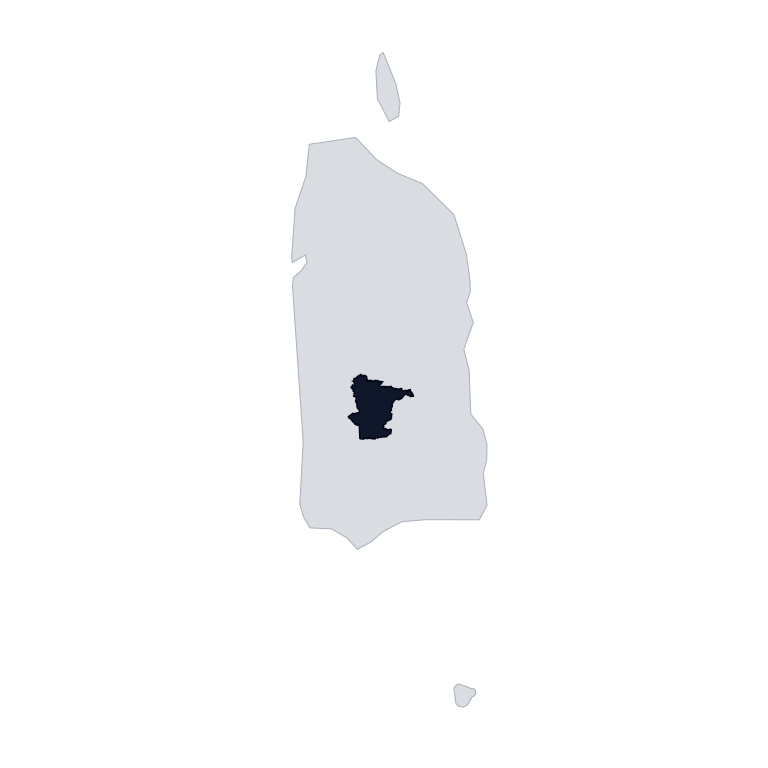 Utuado, Puerto Rico (highlighted), rotated 264°
{"feature_id": "32010507B18801000784875", "entity_name": "Utuado", "entity_type": "district", "adm_level": 2, "iso_a3": "PRI", "parent_name": "Puerto Rico", "parent_adm1": "", "projection": "equal_earth", "projection_center": [-66.695, 18.25], "detail": "fine", "context": "in_parent", "style": "filled", "palette": "ink", "viewbox_px": 768, "rotation_deg": 264, "n_neighbors": 0, "source": "geoboundaries", "source_scale": "gbopen_adm2", "svg_char_len": 5988}
<svg xmlns="http://www.w3.org/2000/svg" viewBox="0 0 768 768"><g transform="rotate(264 384 384)"><path d="M505.3,313.5L513.0,320.1L520.5,319.2L514.4,305.5L520.0,305.5L567.8,313.9L598.5,328.0L630.2,334.8L632.2,381.4L607.9,400.1L592.1,419.5L579.1,443.4L545.1,471.2L504.0,479.6L476.6,480.3L466.4,479.4L456.5,474.7L435.8,479.2L410.3,467.0L388.4,470.1L345.0,467.2L328.7,477.7L313.1,480.1L297.8,478.2L284.8,473.4L252.6,473.8L239.0,464.6L244.7,411.5L245.2,387.5L237.3,367.6L228.6,355.2L222.4,340.4L235.0,330.7L245.4,316.6L248.7,295.3L260.1,290.1L273.4,287.7L334.9,297.6L490.5,303.2L499.4,304.9L505.3,313.5ZM681.1,427.2L661.5,429.3L648.7,426.5L644.4,416.6L668.1,407.3L695.8,408.6L711.7,414.2L713.7,417.9L681.1,427.2ZM70.4,442.6L68.1,442.9L65.8,442.6L64.7,441.6L63.1,438.5L56.0,433.5L54.3,428.9L56.0,424.0L58.9,422.1L73.3,421.6L74.8,422.0L77.7,425.4L77.7,427.8L76.3,430.1L73.8,436.0L72.7,437.4L71.9,439.0L71.5,441.6L70.4,442.6Z" fill="#d9dde1" stroke="#a8b0b8" stroke-width="1"/><path d="M386.2,352.6L385.6,352.5L385.0,352.1L384.9,351.6L384.3,351.5L384.2,351.1L383.8,351.4L383.2,351.4L382.6,351.8L381.9,352.6L380.8,352.7L380.0,352.7L379.9,353.1L379.3,353.6L378.9,353.6L378.2,353.9L377.5,353.1L377.3,353.4L376.6,353.5L375.9,353.2L375.5,352.6L374.9,352.6L374.7,352.9L374.4,353.9L374.0,354.5L373.6,354.7L372.6,355.1L372.4,355.4L372.0,354.7L371.3,354.6L370.7,354.2L370.1,353.9L369.3,354.1L368.3,354.8L367.7,354.6L367.3,355.1L367.2,355.1L366.7,355.0L366.1,355.3L365.9,355.3L365.5,354.8L365.1,354.9L364.1,354.7L363.5,355.1L362.3,355.2L361.9,355.7L361.4,356.4L360.9,356.5L360.4,356.9L360.2,356.9L359.1,357.0L358.7,356.8L358.6,356.2L358.2,355.5L358.1,354.3L357.7,354.1L357.7,353.6L357.8,352.9L357.6,352.0L357.4,351.4L357.4,350.9L358.0,350.3L358.1,349.8L358.0,349.5L357.2,348.7L355.5,345.5L355.2,345.9L354.5,346.1L354.1,345.4L353.6,345.9L353.2,346.7L352.8,347.3L352.1,347.5L351.5,348.0L349.9,349.0L349.5,349.6L349.0,349.6L348.8,349.8L348.4,350.4L347.8,350.7L347.6,350.7L347.5,351.3L346.8,351.3L346.5,352.1L346.6,352.9L346.2,352.6L345.9,353.4L345.6,353.7L345.5,355.2L341.8,354.9L339.6,354.8L339.4,354.7L331.7,354.3L331.6,354.2L331.9,354.6L331.9,355.3L332.3,355.9L331.3,357.2L331.3,357.4L331.4,358.0L332.0,358.5L331.8,359.0L331.9,360.3L332.2,361.0L331.5,361.3L331.4,361.9L331.6,362.6L331.5,363.6L331.9,363.5L331.9,363.8L331.7,364.1L331.5,364.8L331.6,365.1L331.2,365.6L330.9,365.8L330.7,366.3L330.7,366.9L330.3,367.0L330.9,367.1L330.7,367.7L331.0,367.8L330.6,368.5L330.4,368.6L330.6,369.1L330.5,369.5L331.3,369.5L331.4,370.0L331.2,370.1L331.3,371.2L331.0,371.8L330.9,372.4L331.8,373.2L331.6,374.0L331.9,374.5L331.6,374.7L331.2,375.4L331.6,376.5L331.6,377.2L331.7,377.6L331.4,377.8L331.4,378.7L331.5,379.1L331.4,379.6L331.3,380.8L331.7,380.7L332.1,381.1L332.1,381.5L332.3,381.9L332.2,382.3L333.0,383.2L333.7,383.7L333.8,384.0L333.8,385.4L334.4,385.4L334.8,385.8L335.3,385.9L335.7,385.7L336.1,386.1L336.4,386.1L337.2,386.4L338.0,386.3L338.4,385.5L338.1,384.2L338.1,383.7L338.2,383.1L338.0,382.9L338.3,382.1L338.0,382.1L338.0,381.4L338.4,380.9L338.9,381.0L339.1,381.3L339.4,381.1L339.3,380.2L339.5,379.9L339.5,378.9L340.8,378.9L341.4,379.4L341.8,379.3L342.5,378.7L342.7,378.8L343.8,379.8L343.7,380.1L344.1,381.2L344.5,381.4L344.6,381.8L345.7,381.7L346.2,382.5L346.9,383.0L347.1,384.0L347.3,384.5L347.6,384.7L347.7,385.1L347.4,385.2L347.9,385.7L348.0,386.3L347.9,386.9L348.4,387.2L348.9,387.2L349.1,387.8L349.7,387.6L350.2,387.6L351.0,388.2L351.6,388.2L352.3,388.1L352.8,388.3L353.2,388.7L354.1,387.5L355.0,387.0L355.6,387.1L356.4,387.7L356.9,388.6L357.4,388.5L358.0,388.2L358.4,388.7L359.0,388.5L359.2,388.8L359.7,388.9L360.3,389.5L360.6,389.4L361.1,390.0L362.8,389.9L363.0,390.2L364.0,390.5L364.6,389.9L364.9,390.3L365.1,391.6L365.9,392.1L366.2,392.2L366.4,392.5L367.7,394.2L367.7,394.4L367.8,394.8L367.7,395.4L367.4,396.1L366.8,396.6L366.9,397.6L367.6,399.0L367.6,399.5L367.9,400.3L368.4,400.5L369.0,401.3L369.8,401.6L370.1,402.2L370.4,402.4L371.1,403.6L371.3,403.5L371.9,403.8L371.8,404.8L371.3,405.4L371.1,406.3L370.6,406.5L370.3,406.4L370.1,406.7L370.5,407.1L370.4,407.7L369.7,408.1L368.8,409.0L368.8,410.0L369.0,410.4L369.1,411.0L368.9,411.3L368.8,412.0L369.1,412.1L370.0,411.3L370.4,411.4L370.6,411.6L372.0,411.2L372.3,410.5L372.9,410.1L373.8,410.1L374.4,409.5L374.7,409.3L375.4,409.5L375.7,409.4L375.4,408.8L375.6,408.0L375.3,407.7L375.1,406.9L375.1,405.8L374.4,405.8L374.7,405.4L375.1,404.5L375.4,404.4L375.4,403.7L375.1,402.5L375.0,401.5L376.1,401.0L377.5,401.2L377.7,400.3L377.7,399.5L377.4,399.1L377.5,398.0L377.1,397.4L377.3,396.9L377.8,396.6L378.1,395.5L378.0,395.3L378.4,394.6L378.1,393.2L378.3,393.0L378.8,393.0L379.5,391.9L380.1,391.1L380.4,390.8L380.9,390.8L380.9,390.3L380.6,388.7L381.0,387.9L380.9,387.2L381.3,385.5L380.5,384.5L380.5,384.0L380.6,383.9L380.8,383.5L381.4,384.4L381.6,383.7L381.8,379.9L382.4,379.3L383.1,379.1L383.4,379.2L383.7,379.8L384.0,379.7L384.3,380.9L384.7,381.0L384.8,381.6L385.2,381.6L386.0,382.1L386.3,382.7L386.8,381.2L387.0,380.1L386.8,379.8L387.2,379.3L387.5,378.3L388.1,378.2L388.2,377.5L387.9,377.1L388.2,375.9L388.6,375.3L388.5,375.0L388.1,374.6L387.7,374.0L387.6,373.9L388.2,373.4L388.2,372.6L388.5,372.1L388.9,371.9L388.9,371.1L388.8,370.6L389.2,369.8L388.9,369.2L388.5,369.0L388.7,368.4L389.0,368.3L388.9,367.9L388.3,368.1L388.6,367.8L388.6,367.5L388.8,367.3L389.1,367.7L389.2,367.2L389.5,367.7L389.8,367.5L390.0,367.8L390.4,367.5L390.5,367.6L391.2,367.4L392.0,367.5L392.4,367.3L392.9,367.2L393.3,367.4L394.0,366.6L394.4,365.9L394.3,365.0L394.6,365.1L394.6,363.8L394.4,363.4L394.7,362.3L394.6,362.0L395.6,362.0L396.3,362.6L395.7,361.6L395.4,361.4L395.1,360.7L395.2,360.3L394.8,360.0L394.7,359.1L394.0,358.8L394.0,358.3L393.8,358.2L393.5,357.4L392.7,357.4L392.2,356.6L392.6,356.2L392.6,355.3L392.2,355.6L391.7,354.5L391.4,354.6L390.3,354.2L390.1,353.5L389.9,353.9L389.5,353.9L389.2,354.3L388.5,354.4L387.9,354.8L387.3,354.5L386.9,354.9L386.7,354.6L386.3,354.6L386.0,354.1L385.2,354.6L386.2,352.6Z" fill="#0f172a" stroke="#020617" stroke-width="1.5"/></g></svg>